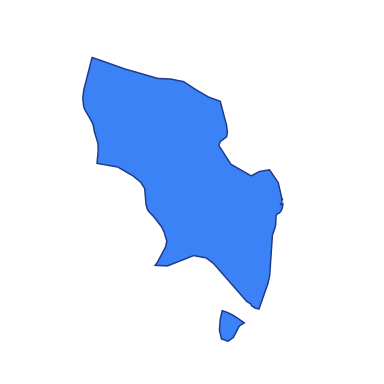 map outline of Pedernales (Natural Earth projection), rotated 347°
{"feature_id": "DOM-1973", "entity_name": "Pedernales", "entity_type": "Province", "adm_level": 1, "iso_a3": "DOM", "parent_name": "Dominican Republic", "parent_adm1": "", "projection": "natural_earth1", "projection_center": [-71.507, 17.919], "detail": "fine", "context": "isolated", "style": "filled", "palette": "blue", "viewbox_px": 384, "rotation_deg": 347, "n_neighbors": 0, "source": "natural_earth", "source_scale": "10m", "svg_char_len": 1156}
<svg xmlns="http://www.w3.org/2000/svg" viewBox="0 0 384 384"><g transform="rotate(347 192 192)"><path d="M105.9,142.7L110.0,130.3L111.3,123.2L110.5,111.3L110.8,104.4L109.9,99.9L106.2,88.1L105.7,84.2L106.7,76.1L109.4,68.4L124.9,38.5L125.7,38.9L154.4,57.1L184.1,73.6L196.8,77.2L208.8,82.7L218.8,93.2L229.2,103.0L239.9,110.0L240.4,126.7L240.7,134.2L240.0,141.6L238.1,146.0L234.6,147.6L231.0,149.1L228.6,152.7L236.1,173.7L253.3,189.6L262.1,187.2L272.5,187.8L278.1,202.2L278.1,218.1L278.3,219.1L277.9,218.8L277.4,221.8L276.9,222.9L275.6,224.2L277.9,224.2L276.5,227.6L274.7,230.3L272.5,232.0L269.7,232.6L268.5,234.3L266.2,242.5L264.9,245.4L260.6,252.3L248.9,290.9L245.3,298.4L230.9,321.1L227.4,319.3L224.4,316.1L224.2,314.4L220.8,311.1L196.9,266.5L191.0,259.4L179.3,254.3L151.5,258.5L139.6,255.2L142.9,252.3L154.1,239.3L156.4,234.1L155.9,225.3L154.5,219.0L149.1,207.3L145.3,200.9L144.6,198.5L144.4,193.6L146.7,178.0L144.2,170.9L138.0,162.9L125.3,151.0L105.9,142.7ZM193.5,345.5L187.7,341.8L187.6,332.9L190.8,322.6L194.7,314.4L199.6,317.5L204.6,321.6L213.5,331.2L208.1,333.1L199.5,343.1L193.5,345.5Z" fill="#3b82f6" stroke="#1e3a8a" stroke-width="1.5"/></g></svg>